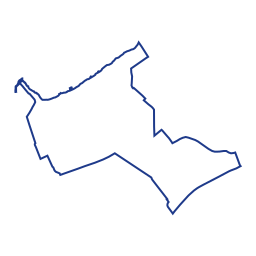 Bab Sharqi, Al Iskandariyah, Egypt
{"feature_id": "37247803B50327552497363", "entity_name": "Bab Sharqi", "entity_type": "district", "adm_level": 2, "iso_a3": "EGY", "parent_name": "Egypt", "parent_adm1": "Al Iskandariyah", "projection": "albers", "projection_center": [29.912, 31.205], "detail": "fine", "context": "isolated", "style": "outline", "palette": "blue", "viewbox_px": 256, "rotation_deg": 0, "n_neighbors": 0, "source": "geoboundaries", "source_scale": "gbopen_adm2", "svg_char_len": 4854}
<svg xmlns="http://www.w3.org/2000/svg" viewBox="0 0 256 256"><path d="M60.3,174.9L78.2,168.6L84.7,166.2L95.0,162.7L103.1,159.5L108.8,156.8L114.8,153.3L151.3,177.5L152.1,179.5L167.2,199.0L166.7,199.3L168.6,202.0L167.8,203.1L167.5,204.0L167.4,204.8L167.4,205.5L167.7,206.4L168.0,207.0L171.3,211.5L172.6,213.3L172.8,213.6L174.7,211.1L180.2,204.6L188.0,196.0L189.0,195.0L193.9,190.6L195.4,189.5L197.2,188.2L199.0,187.1L203.4,184.7L217.9,177.2L229.0,171.3L230.8,170.5L236.3,168.4L240.6,166.1L239.8,165.0L235.2,152.5L233.6,153.0L231.0,153.3L228.7,152.5L226.3,151.0L223.7,151.0L219.2,151.6L214.9,151.7L212.2,151.0L208.5,148.9L198.0,141.5L195.2,140.0L188.6,137.7L185.7,137.0L182.7,137.8L179.8,139.1L176.9,140.9L172.4,143.2L171.6,141.9L169.0,138.2L167.3,136.3L162.2,130.4L161.5,129.8L154.4,135.7L154.1,126.7L154.0,109.6L152.8,108.0L151.5,106.7L148.4,104.3L143.8,100.3L145.3,98.6L142.5,95.7L136.0,89.9L133.7,87.9L133.1,88.3L132.3,87.5L131.5,85.4L131.7,83.6L132.1,76.4L131.3,72.5L131.1,68.5L146.2,58.0L148.1,56.8L141.6,46.6L138.7,42.4L138.4,43.1L138.1,43.8L137.8,44.2L137.6,44.7L136.7,45.8L136.2,46.4L135.3,47.6L134.8,48.1L134.0,48.7L133.1,49.2L132.6,49.3L131.3,49.6L130.4,50.1L129.0,50.7L127.0,51.3L125.5,52.1L124.7,52.5L124.3,52.6L123.9,53.0L123.7,53.4L123.2,54.0L122.9,54.2L122.7,54.4L120.6,55.8L119.0,57.2L118.6,57.5L117.9,57.8L117.3,57.9L116.9,58.1L116.3,58.2L116.0,58.3L115.7,58.5L115.3,59.0L114.0,60.7L113.3,61.2L112.8,61.7L112.5,62.0L112.3,62.5L111.9,63.0L111.5,63.4L109.2,64.7L106.8,65.1L104.6,66.8L102.1,68.9L101.9,69.5L101.6,69.9L101.2,70.4L100.5,71.1L99.4,71.8L99.2,71.5L98.9,71.3L98.5,71.3L98.2,71.5L98.0,71.8L97.9,72.2L98.0,72.6L97.4,72.9L96.4,73.4L95.9,73.7L95.5,74.0L95.3,74.8L93.5,76.1L92.4,76.7L91.7,77.2L91.3,77.3L91.1,77.3L90.8,77.0L90.7,76.7L90.5,76.9L90.4,77.1L90.5,77.3L90.7,77.6L90.7,77.8L89.4,78.5L89.0,78.9L88.5,79.1L88.2,79.1L87.9,79.1L87.3,79.3L86.3,79.8L85.9,80.2L84.9,80.7L84.5,81.0L84.0,81.5L83.4,81.9L83.1,82.3L82.5,82.7L82.1,83.1L81.5,83.4L80.9,83.6L80.6,83.8L80.0,84.3L79.6,84.8L79.5,85.0L79.2,85.3L78.8,85.8L78.4,86.1L76.3,87.2L75.3,88.0L74.2,88.6L73.4,89.1L72.7,89.4L72.3,89.6L71.6,89.9L71.4,89.3L71.8,89.1L71.7,87.6L71.6,87.4L71.3,87.4L71.1,87.4L70.9,87.6L70.9,88.0L70.1,88.1L70.2,88.5L69.9,88.5L70.1,89.6L71.1,89.3L71.4,90.0L71.2,90.1L70.9,90.2L70.4,90.5L69.9,90.5L69.4,90.8L68.6,91.1L67.7,91.2L67.2,91.6L67.0,91.9L66.9,91.9L66.7,91.9L66.5,92.1L65.8,92.5L64.4,92.7L63.7,92.7L62.6,93.1L61.4,93.2L61.0,93.3L60.6,93.1L60.5,93.5L60.4,93.7L60.1,93.9L59.8,94.0L59.2,94.0L59.1,94.7L58.7,95.3L58.2,95.8L57.0,96.5L55.7,97.2L55.0,97.5L54.1,97.6L52.6,98.2L52.2,98.4L51.2,98.8L50.8,98.9L50.4,99.1L48.7,99.6L48.2,99.7L47.6,99.8L46.6,99.7L45.1,99.8L43.9,99.8L43.0,99.8L42.5,99.8L42.4,99.8L41.9,99.4L41.4,98.9L40.1,97.4L40.0,97.2L39.9,96.9L39.5,96.4L39.2,95.7L38.9,95.1L38.6,94.9L38.5,94.6L38.1,94.2L37.6,93.9L37.4,93.7L36.7,93.5L36.5,93.1L36.5,92.9L36.3,92.8L36.1,92.9L35.8,92.9L35.6,92.8L34.9,92.4L34.1,91.9L34.0,90.9L34.0,90.7L33.9,90.9L33.8,91.4L33.8,91.5L33.7,91.4L32.6,90.9L32.3,90.7L32.1,90.6L31.6,90.3L31.3,90.0L30.5,89.7L29.7,89.1L29.2,88.5L28.9,88.3L28.5,87.6L28.3,87.1L28.2,86.5L28.2,86.3L28.0,86.2L27.7,86.3L27.3,86.2L26.5,85.3L26.4,85.1L26.5,84.9L26.4,84.7L26.2,84.5L25.9,84.2L25.9,83.9L25.6,83.5L25.4,83.3L25.2,83.2L25.1,82.9L24.9,82.7L25.0,82.6L24.9,82.5L24.6,82.6L24.3,82.4L24.1,81.9L23.9,81.8L23.8,81.6L23.5,81.4L23.2,81.1L23.1,80.9L22.7,80.4L22.4,80.5L22.6,80.8L22.7,81.2L22.3,81.1L21.9,81.0L21.1,81.2L20.9,81.1L20.8,81.3L20.6,81.4L20.6,81.7L20.3,81.9L20.2,81.9L20.2,82.0L20.1,82.4L20.0,82.5L20.0,82.9L18.3,84.4L18.2,84.4L18.1,84.1L18.4,83.6L18.5,83.3L18.7,83.1L18.8,82.9L18.8,82.5L18.9,81.9L19.0,81.5L19.3,80.9L19.5,80.7L19.7,80.8L19.8,80.8L20.0,80.7L20.1,80.3L20.3,80.3L20.4,80.1L20.9,79.9L21.0,80.0L21.2,79.7L21.3,79.7L21.5,79.5L21.7,79.4L21.9,79.3L21.9,79.5L22.1,79.9L22.2,80.2L22.2,80.3L22.2,80.5L22.3,80.4L22.3,80.0L22.1,79.4L22.1,79.1L22.1,78.9L22.3,78.6L22.3,78.4L22.2,78.4L22.0,78.6L21.8,78.7L21.7,78.9L21.5,79.0L21.3,79.1L21.3,79.3L21.1,79.4L20.4,79.8L19.7,80.4L19.6,80.5L19.4,80.4L19.3,80.5L19.0,80.9L18.7,81.3L18.4,82.1L18.5,82.3L18.4,82.5L18.3,83.0L17.9,83.8L17.7,84.1L17.6,84.3L17.7,84.5L17.3,85.0L16.4,85.8L16.1,86.1L15.8,86.2L15.6,86.8L15.6,88.2L15.7,88.7L15.5,89.2L15.5,89.8L15.4,90.4L15.5,90.7L15.4,90.9L15.4,91.4L15.5,91.5L15.5,92.0L15.9,92.0L16.1,91.9L16.0,91.7L16.1,90.0L16.1,89.8L16.0,89.5L16.1,87.9L16.1,86.8L18.5,84.5L19.9,83.3L20.0,83.2L20.2,83.3L20.6,84.0L21.2,84.7L22.4,86.0L25.4,89.7L28.6,93.5L28.8,93.6L29.5,93.7L29.7,93.9L33.3,98.1L34.4,99.4L34.7,99.9L35.2,101.9L35.2,102.2L33.7,105.2L32.7,106.8L31.4,109.4L29.3,113.0L26.8,116.8L27.6,119.3L29.5,125.3L35.4,143.2L35.1,143.5L34.8,144.0L34.8,144.5L34.9,145.0L35.5,146.3L35.9,147.1L40.5,158.9L47.4,155.7L52.4,166.7L53.3,167.4L54.3,169.9L54.8,170.8L56.0,171.9L57.6,172.5L59.7,173.4L60.3,174.9Z" fill="none" stroke="#1e3a8a" stroke-width="2"/></svg>